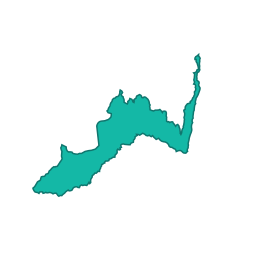 Lavandeira, Tocantins, Brazil (orthographic projection), rotated 293°
{"feature_id": "56859067B90038949596503", "entity_name": "Lavandeira", "entity_type": "district", "adm_level": 2, "iso_a3": "BRA", "parent_name": "Brazil", "parent_adm1": "Tocantins", "projection": "orthographic", "projection_center": [-46.372, -12.823], "detail": "fine", "context": "isolated", "style": "filled", "palette": "teal", "viewbox_px": 256, "rotation_deg": 293, "n_neighbors": 0, "source": "geoboundaries", "source_scale": "gbopen_adm2", "svg_char_len": 5182}
<svg xmlns="http://www.w3.org/2000/svg" viewBox="0 0 256 256"><g transform="rotate(293 128 128)"><path d="M39.9,93.5L41.2,93.9L42.4,94.6L43.5,95.2L44.7,95.5L46.0,96.2L47.5,97.2L47.1,98.3L48.0,99.9L49.1,100.8L51.0,100.9L52.4,101.6L53.3,102.6L53.9,103.9L53.7,105.3L54.2,106.6L55.7,106.4L57.4,107.4L57.4,108.9L58.3,109.9L58.7,111.0L59.0,112.5L60.7,113.0L62.8,113.3L61.9,114.5L63.2,115.0L64.8,114.2L66.2,113.8L67.5,114.0L68.8,114.2L70.3,113.7L71.7,114.7L73.4,115.0L74.1,116.5L75.2,116.9L76.2,117.1L76.9,118.8L78.5,118.2L79.9,118.5L81.3,118.2L82.7,118.5L84.1,118.0L84.8,118.9L86.0,119.3L86.7,120.3L87.7,119.9L88.8,120.3L89.5,121.9L90.5,123.1L92.1,122.9L93.0,124.2L94.4,125.1L95.4,125.8L96.0,127.3L97.9,126.7L99.7,127.4L100.9,127.7L102.0,127.2L103.3,126.6L104.6,126.9L104.3,128.4L105.3,129.4L106.5,128.4L107.6,129.5L108.4,128.6L109.4,128.0L110.6,128.6L111.5,129.9L111.6,131.2L112.8,135.0L113.4,136.5L115.0,136.6L115.8,137.2L117.0,138.5L119.2,137.8L120.1,138.3L121.6,138.4L122.7,137.9L124.8,139.4L125.5,138.4L126.1,140.2L126.0,141.6L127.8,142.8L128.9,143.6L128.8,145.8L128.2,147.6L128.5,149.3L129.7,150.4L129.3,151.4L129.1,152.8L130.6,153.6L129.7,155.1L129.1,156.9L128.5,158.4L130.5,160.2L129.3,162.6L129.0,164.4L129.3,166.4L129.7,167.9L129.5,169.8L128.6,171.8L127.3,173.0L126.9,174.4L127.4,176.3L126.9,178.0L127.1,179.2L126.2,180.9L125.2,181.6L126.8,183.2L127.7,184.8L127.7,186.2L126.9,188.2L126.8,189.3L127.5,191.1L128.8,191.5L129.8,192.0L130.6,191.2L131.9,190.9L133.2,191.1L134.7,190.5L136.0,190.3L136.9,189.5L138.9,189.1L140.8,188.8L142.7,188.3L145.5,188.0L146.9,187.9L148.4,187.9L149.5,187.8L151.1,187.5L152.4,186.8L153.7,186.0L155.1,185.5L156.8,185.2L158.2,185.4L159.3,184.3L161.2,183.8L162.4,184.1L164.0,183.3L165.0,183.0L167.2,182.4L168.7,181.9L170.0,182.0L172.8,181.1L173.9,180.8L175.4,180.5L176.8,180.8L177.8,180.0L179.0,179.6L180.7,179.4L181.9,179.0L183.6,179.3L184.8,179.4L186.1,179.5L191.3,179.2L193.0,178.7L194.3,177.0L195.2,176.2L197.3,175.9L198.3,175.1L198.9,172.7L200.8,172.0L202.0,171.2L203.5,170.9L205.1,170.3L206.4,170.4L207.3,171.2L209.6,171.4L211.0,170.4L213.0,169.8L214.6,168.8L215.7,168.4L217.5,168.0L218.8,167.3L220.3,167.2L221.1,166.3L221.9,164.8L223.2,164.3L221.3,163.4L220.1,162.5L218.5,162.3L217.2,162.9L217.7,164.0L215.7,164.8L214.7,166.3L213.4,167.3L212.4,168.2L210.8,169.3L209.5,169.9L208.5,168.8L206.9,168.9L205.6,168.5L204.4,166.9L203.6,168.3L201.3,169.0L199.8,169.5L198.3,169.7L197.2,170.3L196.6,171.3L195.4,171.4L194.1,171.3L194.3,172.8L193.1,173.9L191.7,174.0L190.6,175.1L188.8,175.5L187.2,175.0L185.7,175.8L184.6,176.3L183.5,176.1L182.4,176.3L180.9,175.8L179.5,175.9L178.1,175.8L176.7,174.9L175.5,175.5L174.5,174.5L173.5,173.2L171.8,172.7L170.2,172.4L168.7,172.8L167.4,173.3L166.2,172.4L164.9,173.2L164.0,174.2L163.0,174.7L161.3,175.3L159.6,175.4L157.9,176.7L156.7,176.9L155.5,177.4L154.2,177.7L152.6,178.1L151.0,178.2L150.1,178.8L148.7,178.5L147.3,178.5L146.0,178.8L144.5,179.3L142.7,179.2L143.5,178.1L144.7,177.7L145.8,177.0L146.8,176.5L147.7,175.9L148.6,174.8L149.7,174.2L150.7,172.4L149.6,171.4L148.2,171.2L148.9,170.0L149.6,169.0L150.2,167.7L151.1,166.7L150.4,165.2L149.3,164.3L149.8,163.0L149.1,162.1L149.3,160.9L150.3,160.5L151.4,159.9L153.0,159.4L154.0,158.4L155.4,158.0L156.9,157.4L158.0,156.3L157.8,155.0L157.0,153.6L155.7,153.6L156.8,151.8L157.5,150.1L156.4,149.0L155.7,147.5L155.1,146.1L153.7,144.9L153.4,143.2L153.4,141.2L155.0,140.4L156.6,139.3L157.8,139.4L158.5,138.3L160.1,137.4L161.4,136.2L162.3,134.9L162.7,133.6L163.2,132.2L162.9,130.7L161.7,130.1L161.5,128.8L162.5,128.1L163.2,126.8L163.2,125.4L162.1,124.7L161.2,123.7L159.8,123.5L158.4,123.7L157.3,122.8L156.1,122.4L155.3,123.2L153.8,123.5L154.0,122.2L155.0,121.5L155.9,120.3L155.9,118.2L153.9,118.3L152.4,117.4L151.4,118.0L149.9,118.0L149.9,116.3L150.2,114.3L151.5,113.8L152.8,113.1L153.8,112.0L154.9,111.2L155.1,109.8L156.1,108.6L157.4,109.0L158.6,109.1L159.6,107.8L159.9,106.0L158.4,106.2L156.9,106.8L155.5,106.9L154.3,106.9L153.1,106.4L152.1,105.0L150.5,104.4L149.6,103.2L148.0,102.6L146.2,102.9L144.5,102.4L142.7,102.4L141.6,102.8L140.2,102.6L138.5,102.3L136.9,102.6L135.5,102.0L134.3,103.8L134.6,105.7L134.7,107.0L133.2,107.6L131.6,108.0L129.9,107.5L128.1,106.6L126.8,105.1L125.8,104.1L125.0,102.8L124.1,101.1L123.2,99.8L122.0,98.9L120.6,98.4L118.9,98.3L117.6,98.5L100.5,108.1L95.9,106.3L93.2,103.1L91.7,100.5L89.6,97.6L86.5,95.2L85.6,93.2L84.2,91.9L83.6,90.0L83.2,88.2L83.2,86.8L83.9,85.9L83.5,84.3L82.7,82.5L83.1,81.1L83.9,80.1L85.0,79.2L86.4,78.5L86.7,73.7L85.0,74.0L83.5,73.9L81.8,75.1L80.7,76.3L79.1,76.8L76.9,77.5L75.6,78.1L74.6,79.0L73.6,79.4L71.9,79.2L70.3,78.8L68.9,78.6L67.4,78.3L66.1,78.1L65.0,77.9L64.4,76.7L63.6,76.0L63.4,74.9L62.5,74.3L60.9,73.5L59.2,73.1L57.8,72.3L56.4,72.3L54.9,72.3L54.1,71.3L53.2,70.4L51.8,70.4L50.7,69.8L50.2,68.6L49.2,67.3L47.4,67.4L45.9,67.7L44.8,67.2L44.1,66.4L42.9,65.7L41.8,65.6L40.3,65.4L38.8,65.2L37.6,65.0L36.6,64.6L35.5,64.0L34.5,64.8L33.4,66.2L32.8,67.4L33.0,68.8L33.3,70.2L33.0,71.6L34.7,71.8L35.3,73.0L35.7,74.4L34.7,75.3L35.7,76.7L36.7,77.5L36.6,78.7L37.2,79.8L38.1,81.1L38.4,83.0L38.1,84.7L39.3,85.9L39.9,87.3L39.2,88.8L38.5,89.8L38.2,91.0L39.4,92.0L39.9,93.5Z" fill="#14b8a6" stroke="#0f766e" stroke-width="1.5"/></g></svg>